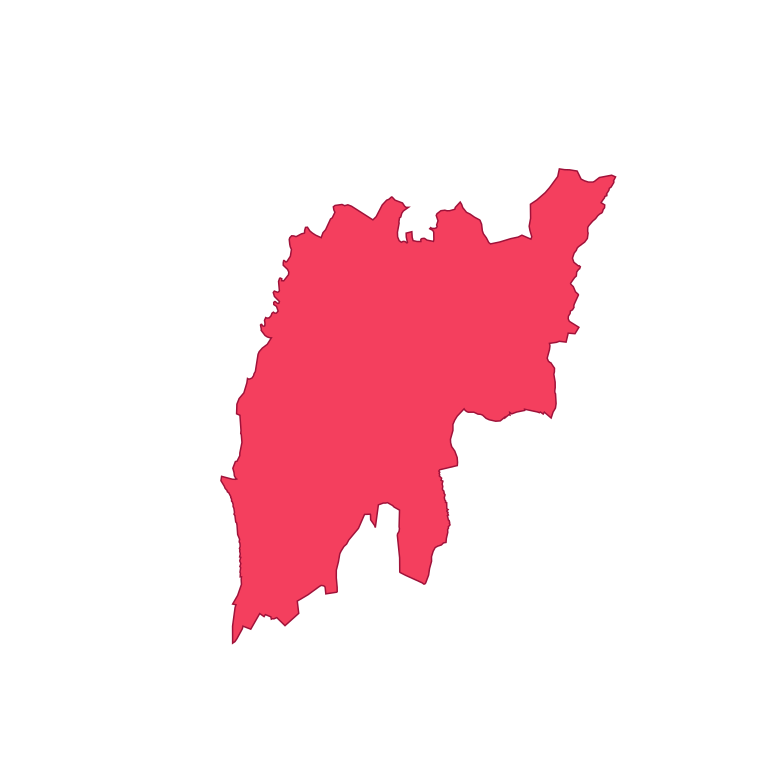 Halmasd, Salaj, Romania, rotated 123°
{"feature_id": "2599482B57366951483701", "entity_name": "Halmasd", "entity_type": "district", "adm_level": 2, "iso_a3": "ROU", "parent_name": "Romania", "parent_adm1": "Salaj", "projection": "equal_earth", "projection_center": [22.598, 47.158], "detail": "fine", "context": "isolated", "style": "filled", "palette": "rose", "viewbox_px": 768, "rotation_deg": 123, "n_neighbors": 0, "source": "geoboundaries", "source_scale": "gbopen_adm2", "svg_char_len": 6149}
<svg xmlns="http://www.w3.org/2000/svg" viewBox="0 0 768 768"><g transform="rotate(123 384 384)"><path d="M669.6,379.1L683.8,369.8L681.2,368.7L677.7,368.6L666.4,369.5L663.9,370.4L662.2,362.2L644.2,363.2L644.4,357.9L642.0,357.9L640.9,352.1L642.6,350.4L641.6,349.8L640.9,348.4L638.3,346.7L640.6,335.4L622.8,330.6L613.3,338.5L602.0,332.9L589.9,328.3L587.2,327.1L586.1,324.8L586.2,323.5L586.5,322.7L591.7,318.5L584.5,310.4L583.7,310.1L580.1,312.5L572.6,318.4L566.1,322.6L557.9,325.4L550.5,328.6L547.5,329.0L542.1,329.1L538.6,328.2L533.9,328.6L519.0,326.8L504.0,329.3L500.7,324.7L500.9,324.2L505.2,321.2L507.7,315.0L509.1,313.1L488.4,322.9L484.2,319.7L483.0,317.8L481.6,316.5L481.2,310.2L481.6,309.5L481.7,308.1L481.3,302.3L495.5,293.6L497.0,292.2L499.5,291.1L502.3,291.0L503.8,290.3L521.3,276.2L533.1,268.4L533.3,267.7L532.7,261.8L530.0,243.8L530.1,241.6L529.5,240.9L528.1,240.7L520.0,242.5L513.9,245.3L506.7,247.6L503.0,250.1L497.4,251.7L493.3,252.0L490.7,250.6L487.7,248.2L484.9,247.6L483.1,245.7L479.5,247.6L473.7,249.7L471.4,251.4L469.7,251.4L468.8,252.3L466.3,251.9L465.6,252.4L465.3,253.2L464.4,253.5L463.0,255.0L463.0,255.9L459.8,259.2L458.8,258.6L457.6,260.4L456.8,260.4L456.6,261.9L456.2,262.2L454.4,261.8L454.4,263.4L449.4,266.8L449.8,267.9L448.6,268.5L448.2,269.8L446.4,271.6L443.7,272.4L442.8,274.4L442.2,274.5L441.1,275.7L440.9,277.0L440.2,277.9L437.9,278.9L436.2,280.8L433.4,281.7L433.7,283.7L431.6,284.4L431.0,287.5L429.8,287.8L428.9,289.1L427.6,289.2L427.2,290.6L425.6,290.6L412.5,278.1L409.7,279.6L405.8,282.6L401.7,288.1L399.7,293.1L396.9,296.2L394.1,298.2L385.4,300.9L380.3,304.2L375.7,305.0L371.1,305.1L361.2,303.3L361.8,302.0L362.1,300.0L361.8,298.1L358.7,293.3L358.1,288.8L356.8,286.4L356.4,284.4L357.2,279.7L356.7,276.3L354.4,270.1L351.6,266.4L346.0,264.6L346.6,264.1L341.8,262.6L341.5,261.4L339.4,263.1L339.5,260.6L335.3,257.5L329.5,251.6L328.6,252.4L323.9,240.1L323.4,238.0L322.3,237.6L322.5,234.1L320.3,234.2L321.5,225.3L315.5,226.9L310.8,227.1L306.7,229.0L298.8,234.8L298.4,235.7L297.0,236.9L293.7,238.5L289.2,241.5L283.3,246.9L281.0,247.7L277.9,249.6L275.3,255.8L275.7,257.0L275.4,257.4L275.3,258.6L273.5,261.2L265.1,263.9L261.6,265.6L259.8,267.4L255.2,262.1L252.7,260.2L249.7,254.1L241.0,257.2L237.8,251.2L230.3,251.4L230.5,261.9L230.3,263.1L229.0,265.0L226.7,266.3L223.6,266.3L221.3,267.4L219.1,266.3L216.2,266.4L215.3,267.3L213.6,267.9L203.4,269.4L203.0,270.0L202.4,273.6L199.3,278.2L198.6,281.5L197.9,282.4L190.9,282.1L188.7,281.5L185.1,283.4L181.7,283.2L180.9,282.7L178.7,283.2L178.5,284.8L179.1,285.3L178.5,291.1L175.8,294.5L170.7,295.8L167.2,295.5L165.0,296.0L163.0,295.7L155.7,293.0L151.2,292.7L146.3,295.0L145.1,296.3L141.7,298.4L139.6,298.5L133.8,297.7L130.1,296.6L126.5,296.4L124.0,295.7L122.0,294.6L120.8,294.5L118.2,295.2L116.1,295.0L113.6,296.4L113.7,300.7L113.3,300.8L107.7,300.5L106.5,301.0L104.7,299.7L103.7,300.3L103.6,300.9L99.1,300.9L97.1,301.6L95.2,300.8L89.9,301.0L89.0,301.5L88.7,302.1L84.2,302.6L84.9,306.8L93.5,315.8L99.5,317.9L100.9,318.8L103.3,322.5L104.4,326.6L104.8,330.3L100.2,338.0L103.3,345.0L105.8,349.1L108.1,354.1L115.4,351.3L129.2,352.1L135.7,353.0L146.6,356.1L153.5,359.1L165.2,351.3L172.6,348.2L175.7,345.3L180.0,340.3L182.5,339.7L184.1,349.4L187.7,351.5L193.1,356.9L202.0,364.4L208.5,371.0L208.3,373.2L205.7,377.7L203.9,382.4L202.0,384.9L196.8,389.2L194.5,392.5L194.3,393.2L194.8,398.9L194.6,404.4L195.1,408.3L193.2,414.0L191.1,416.7L189.9,419.2L197.1,420.4L198.9,419.8L202.9,423.3L204.4,425.5L205.1,427.6L207.7,430.7L212.3,432.3L214.2,432.0L217.7,427.6L222.0,426.5L222.8,425.3L224.4,425.1L226.0,426.3L227.5,428.8L227.4,430.0L228.9,430.2L228.6,426.8L229.6,425.0L235.6,420.9L237.5,420.2L239.9,426.3L239.8,429.3L240.4,430.3L241.5,431.5L242.6,431.9L244.4,430.7L246.5,433.9L247.9,437.7L245.7,440.2L241.1,443.6L245.4,447.6L248.7,445.3L252.5,441.4L253.2,441.6L253.1,444.1L253.9,445.6L255.7,446.7L255.5,449.4L253.2,452.7L249.4,455.4L240.7,459.0L240.2,459.7L236.1,461.5L234.8,460.9L231.1,462.1L228.3,462.0L222.5,459.7L223.8,461.6L223.7,463.4L222.1,467.1L223.8,474.8L222.8,478.9L223.1,479.6L226.4,480.5L228.4,481.9L234.8,483.0L247.9,481.7L252.4,482.7L252.6,508.1L253.4,511.9L255.9,514.1L256.3,517.0L260.9,522.3L263.0,523.0L265.3,520.9L266.7,518.7L272.8,517.9L274.7,518.7L286.4,517.0L290.3,517.6L295.5,516.4L296.4,522.4L296.4,526.3L296.0,529.6L294.2,533.6L295.4,535.1L298.4,534.2L300.6,532.9L301.0,533.1L303.0,535.0L307.9,537.7L308.5,538.5L308.9,540.2L310.0,542.2L312.6,542.7L314.4,542.2L318.2,539.1L320.0,537.3L321.6,534.9L327.9,532.1L334.1,532.1L335.1,532.7L334.8,535.0L335.1,535.4L337.3,534.5L339.3,533.2L340.4,527.4L341.2,526.1L342.0,524.8L344.4,523.6L352.1,524.3L353.1,526.1L351.4,527.0L351.6,528.7L352.2,529.1L355.4,528.3L362.8,522.5L364.2,522.6L365.1,523.3L365.8,526.6L367.6,526.7L370.3,523.5L371.8,516.6L373.7,516.2L374.4,517.1L374.1,520.0L374.5,520.7L375.7,520.9L377.4,519.7L377.5,516.4L380.5,512.5L383.1,512.8L384.1,514.2L384.0,515.9L385.7,516.5L388.3,515.9L391.0,516.3L392.5,518.0L392.7,519.4L395.7,518.9L397.9,516.9L400.1,515.7L401.0,516.2L401.3,517.5L400.6,519.1L401.0,519.6L401.8,519.7L404.8,516.8L405.9,516.3L408.1,510.2L408.1,507.5L407.4,505.0L406.6,503.6L414.3,503.5L420.1,505.6L424.9,506.3L427.7,505.8L443.6,498.7L446.0,498.6L448.2,497.9L451.0,498.0L453.6,499.9L453.7,501.5L457.8,499.6L467.7,496.7L475.1,497.6L481.0,496.4L489.3,491.4L488.7,487.8L500.9,478.6L503.7,477.1L503.8,476.5L504.7,475.7L510.4,471.3L520.2,467.4L522.7,465.9L528.8,465.2L530.0,466.4L537.0,464.9L540.0,461.5L542.5,459.5L543.8,456.9L543.9,455.8L544.6,456.3L546.4,459.2L549.9,469.9L553.9,468.1L556.7,462.3L558.1,460.3L558.8,457.6L559.7,456.7L559.8,454.9L561.9,451.2L562.8,450.6L563.3,449.4L565.3,448.0L565.5,447.0L567.1,445.0L568.9,443.9L570.0,442.2L573.2,439.4L574.9,438.9L575.5,437.4L580.5,433.2L580.7,432.1L582.3,430.5L590.0,424.7L592.8,420.6L595.4,419.4L595.9,418.2L598.5,416.2L600.8,415.6L601.2,414.7L602.8,414.0L604.8,411.9L607.7,410.9L607.4,409.7L610.9,408.7L612.6,406.3L615.7,405.4L615.8,404.6L616.2,404.1L620.3,402.3L620.8,401.4L624.1,399.6L623.3,398.5L625.6,397.4L629.7,394.4L641.0,391.6L651.0,391.1L649.8,387.9L652.7,387.1L669.6,379.1Z" fill="#f43f5e" stroke="#9f1239" stroke-width="1.5"/></g></svg>